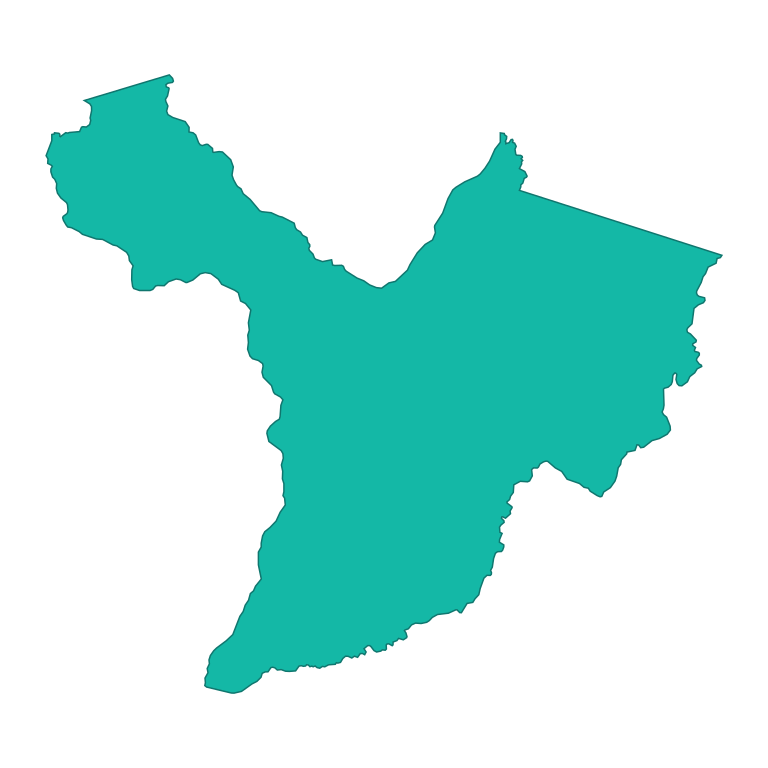 the district of San Francisco, Antioquia, Colombia
{"feature_id": "7082276B5434508812128", "entity_name": "San Francisco", "entity_type": "district", "adm_level": 2, "iso_a3": "COL", "parent_name": "Colombia", "parent_adm1": "Antioquia", "projection": "mercator", "projection_center": [-74.988, 5.874], "detail": "fine", "context": "isolated", "style": "filled", "palette": "teal", "viewbox_px": 768, "rotation_deg": 0, "n_neighbors": 0, "source": "geoboundaries", "source_scale": "gbopen_adm2", "svg_char_len": 6072}
<svg xmlns="http://www.w3.org/2000/svg" viewBox="0 0 768 768"><path d="M721.9,255.3L519.4,190.4L520.8,186.9L520.8,184.9L522.8,183.1L524.2,178.4L526.5,177.2L527.1,176.1L524.9,171.6L519.4,168.6L521.7,163.9L521.5,161.8L522.7,160.4L521.1,158.8L522.4,157.4L522.2,156.4L520.7,155.4L516.6,155.2L515.8,154.3L515.0,149.3L516.2,146.3L514.6,143.1L512.6,142.4L513.0,140.5L512.5,139.4L511.1,139.6L509.1,142.7L505.8,143.7L505.9,142.0L505.3,141.3L506.5,138.9L506.7,136.4L504.5,134.7L504.3,133.5L500.3,132.9L500.3,142.3L495.0,149.1L489.6,161.1L485.0,168.2L480.2,174.0L477.4,176.2L464.8,181.8L455.9,187.3L452.8,189.9L448.0,198.6L442.7,213.1L434.8,225.4L434.5,227.0L435.4,232.9L432.5,240.0L425.2,244.4L417.3,252.8L410.0,264.6L407.4,270.2L395.4,281.4L388.9,282.9L381.6,288.2L376.3,287.6L369.6,284.9L363.8,280.8L357.1,278.1L346.2,271.2L344.6,269.4L343.4,266.3L341.7,265.3L334.7,265.5L332.6,265.0L331.6,259.8L322.5,261.6L315.6,259.2L314.4,257.9L313.0,254.1L309.3,250.3L308.8,248.2L309.8,246.5L309.7,244.6L307.9,242.5L306.9,237.6L302.5,235.2L300.5,232.0L296.7,229.7L295.3,227.6L294.2,223.2L282.3,217.1L279.0,216.3L271.1,212.7L261.8,211.7L259.6,210.7L250.1,199.4L243.2,193.7L241.0,188.8L237.7,186.6L236.5,185.1L233.6,179.8L232.0,175.2L233.3,166.9L230.7,159.7L222.5,152.0L219.2,151.6L213.6,152.4L212.8,152.0L212.5,148.4L207.8,144.4L206.2,144.3L202.3,145.6L200.2,144.8L198.6,142.7L195.7,135.0L193.1,132.8L189.0,132.0L189.1,127.3L185.2,121.6L172.8,117.5L167.9,114.6L166.6,111.1L167.9,106.0L165.8,101.4L165.5,99.2L167.5,96.0L169.1,88.7L168.7,87.8L166.3,86.9L165.9,84.7L167.9,83.2L172.5,82.4L173.4,81.1L172.6,78.4L169.3,74.9L84.3,100.5L89.9,103.9L91.5,106.5L91.6,110.6L90.1,118.0L90.7,120.4L89.7,124.5L86.4,127.0L82.8,126.7L81.5,127.2L79.6,131.6L69.3,132.5L67.9,133.1L65.7,132.7L60.4,136.7L59.8,136.3L59.8,134.2L58.9,133.3L54.5,132.8L54.4,133.9L51.8,134.5L51.8,140.7L46.1,155.7L48.0,158.9L47.7,163.4L51.1,165.1L52.3,166.3L50.9,169.0L50.9,171.9L52.6,177.1L54.8,179.3L56.7,183.6L56.3,188.3L57.5,193.2L60.9,198.0L66.5,202.6L67.5,204.7L68.0,210.0L67.6,212.4L66.9,213.7L63.2,216.4L62.7,217.8L63.5,220.5L66.2,225.1L67.7,227.0L71.5,227.7L79.2,231.6L82.4,234.3L96.4,239.0L102.6,239.4L113.1,245.0L116.8,245.8L126.6,252.3L128.8,256.0L129.4,260.6L133.1,265.8L131.9,269.8L131.7,279.6L132.6,286.4L133.7,288.5L139.5,290.5L150.1,290.5L152.8,289.4L155.6,286.0L157.7,285.5L164.2,285.7L168.5,281.7L176.1,279.0L180.4,279.7L185.8,282.5L187.0,282.5L192.9,280.0L200.3,273.8L205.2,272.6L210.9,273.6L218.3,279.2L221.7,284.3L234.8,290.3L238.3,292.7L240.6,301.0L245.5,303.5L250.8,310.0L248.4,322.8L249.3,330.2L247.8,335.1L248.4,342.6L247.6,349.2L250.0,356.1L252.5,358.7L258.4,360.5L262.6,363.6L263.1,366.1L262.0,372.2L263.3,377.3L271.5,385.6L273.5,392.0L274.7,393.8L280.5,397.0L282.9,399.8L280.9,405.3L280.1,416.5L279.3,419.2L275.5,421.5L270.4,426.1L267.3,430.8L266.9,433.4L268.9,441.5L281.1,450.5L282.9,453.6L283.3,458.3L281.4,465.0L282.7,471.3L282.4,478.8L283.9,483.6L283.9,491.6L283.0,495.7L284.6,498.1L285.3,505.0L280.2,512.2L276.1,521.1L270.0,527.5L264.8,531.7L262.6,535.9L261.2,543.2L261.2,547.1L258.4,552.1L258.4,564.9L261.3,579.0L255.5,586.2L253.5,590.9L250.4,593.5L248.5,600.3L245.2,605.2L243.2,611.5L239.9,616.3L232.8,634.6L226.2,640.8L216.6,648.0L213.7,650.8L210.4,655.5L209.0,659.9L209.4,663.8L207.2,668.5L208.0,672.7L205.0,678.1L205.4,682.7L204.8,685.6L206.7,687.1L231.3,693.0L234.1,693.1L241.5,691.4L252.0,683.9L256.9,681.4L261.0,677.3L262.2,673.3L265.2,671.9L268.0,671.8L270.9,667.6L272.6,667.2L274.8,667.8L277.3,670.0L281.2,669.6L285.5,671.2L289.4,671.4L295.6,670.9L299.0,666.1L301.3,665.7L303.4,666.3L305.6,666.0L306.6,664.7L308.5,665.1L309.9,666.7L311.9,666.1L313.1,666.8L315.1,666.0L317.1,667.6L319.8,668.2L322.4,666.4L324.8,666.8L328.6,664.8L335.3,664.3L336.4,662.7L337.8,663.1L340.5,662.4L342.8,658.5L345.5,656.2L348.1,656.3L351.8,658.0L354.4,656.2L357.6,657.3L360.3,653.6L362.5,653.5L364.7,654.7L366.1,652.0L364.0,648.7L367.7,645.6L369.6,645.6L370.8,646.4L374.0,650.6L376.6,652.0L380.8,651.1L382.3,649.9L385.3,650.2L386.4,649.0L386.2,645.0L387.0,644.0L388.8,643.8L392.2,645.7L393.0,644.9L393.1,642.0L396.9,640.6L398.6,638.4L403.3,639.8L406.6,637.7L407.0,636.6L405.9,632.8L404.4,630.7L405.1,629.9L408.4,628.8L411.5,624.9L415.5,623.1L421.1,623.5L426.7,622.3L429.3,620.6L432.3,617.4L437.5,614.5L448.4,613.2L455.9,609.8L457.1,609.9L459.7,612.6L461.4,612.7L467.1,603.4L472.8,602.4L475.0,598.8L478.8,594.7L480.2,588.5L483.9,578.2L487.0,575.3L490.3,575.4L491.3,574.4L491.5,572.7L490.6,570.3L492.3,567.2L493.6,558.5L495.4,553.3L497.5,551.7L501.4,551.5L502.6,550.2L503.8,546.9L503.8,544.9L499.4,542.2L499.6,539.5L502.1,533.4L499.9,532.3L499.5,527.1L501.0,525.0L504.1,522.4L503.9,520.7L501.5,518.4L501.7,517.0L502.7,516.8L505.5,518.2L510.5,513.7L510.1,511.0L512.1,507.7L511.9,506.7L507.2,503.2L506.9,502.0L509.6,499.5L510.6,496.1L513.3,492.5L513.8,484.8L520.3,481.3L527.6,481.8L529.6,480.9L532.3,475.9L531.6,469.6L533.5,467.9L537.3,468.0L538.4,467.1L540.0,464.0L543.6,461.8L546.1,461.1L547.8,461.4L555.3,467.9L561.7,471.4L567.1,479.2L579.5,483.5L584.0,487.3L588.3,488.2L590.2,491.2L597.2,495.6L600.1,496.8L601.8,496.4L603.7,492.0L610.4,487.6L615.0,481.1L616.7,476.1L618.2,467.8L620.6,464.4L621.4,459.7L626.7,453.8L626.9,452.1L635.0,450.4L637.0,444.8L638.7,445.0L640.7,447.7L643.7,447.2L652.0,440.6L659.4,438.5L667.2,434.2L670.4,430.0L670.1,426.1L666.6,417.2L663.5,414.6L662.1,412.0L663.4,408.8L664.0,405.1L663.5,389.1L664.4,388.2L668.1,387.2L671.2,384.5L672.3,381.7L672.9,375.3L674.7,373.0L675.7,373.1L676.8,374.3L676.0,379.5L677.2,383.6L679.1,385.6L681.9,385.8L687.4,381.8L689.8,376.6L694.7,372.8L697.2,368.8L701.7,366.5L701.4,365.2L699.2,364.0L696.5,360.4L696.7,358.6L699.3,355.0L699.3,353.2L698.1,352.2L694.9,351.5L694.4,350.2L695.5,347.5L692.7,345.4L692.8,343.8L696.0,341.9L696.3,340.2L690.5,334.0L687.5,332.3L686.8,329.8L687.8,327.8L692.0,323.8L694.0,308.4L698.4,304.8L703.4,302.7L705.0,300.4L704.6,297.8L698.8,296.3L697.3,295.0L696.5,293.0L696.7,291.0L701.2,282.5L703.0,276.8L705.5,273.6L708.1,267.1L716.1,263.2L717.1,258.5L720.4,257.6L721.9,255.3Z" fill="#14b8a6" stroke="#0f766e" stroke-width="1.5"/></svg>